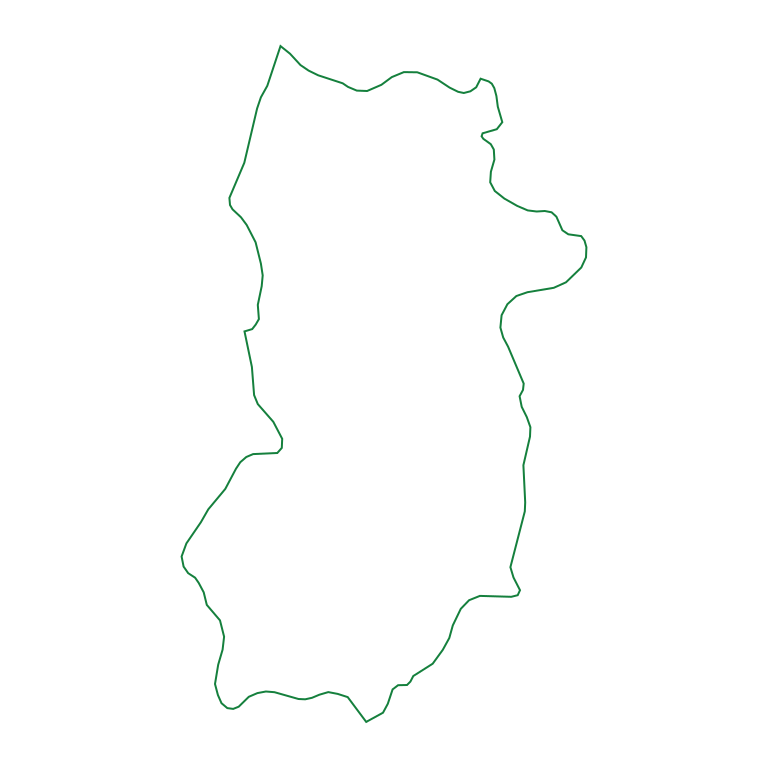 outline of Nara
{"feature_id": "JPN-1851", "entity_name": "Nara", "entity_type": "Prefecture", "adm_level": 1, "iso_a3": "JPN", "parent_name": "Japan", "parent_adm1": "", "projection": "mercator", "projection_center": [135.875, 34.299], "detail": "fine", "context": "isolated", "style": "outline", "palette": "green", "viewbox_px": 768, "rotation_deg": 0, "n_neighbors": 0, "source": "natural_earth", "source_scale": "10m", "svg_char_len": 1912}
<svg xmlns="http://www.w3.org/2000/svg" viewBox="0 0 768 768"><path d="M480.6,78.7L488.6,81.4L491.8,83.7L494.3,88.1L496.4,96.0L497.8,106.7L502.3,122.2L496.8,129.2L482.6,133.3L481.6,136.3L483.3,138.8L490.8,144.2L493.8,149.5L494.4,159.6L490.9,171.7L490.2,182.3L494.8,191.0L504.4,198.6L517.2,205.9L527.7,210.4L536.6,211.5L544.8,211.0L551.6,212.3L556.4,216.7L562.4,230.3L568.3,234.3L581.2,236.1L584.5,240.6L586.4,247.2L586.0,257.4L581.3,267.5L566.0,282.3L553.8,287.8L527.5,292.2L516.4,296.0L507.4,304.2L501.6,315.2L500.4,327.6L503.2,337.5L508.1,346.7L523.7,383.6L523.0,389.9L519.6,396.2L521.7,406.8L526.8,417.1L530.4,427.2L530.0,436.6L523.4,465.2L525.2,502.4L524.8,511.4L510.4,567.2L513.5,577.5L520.0,590.2L517.7,595.2L511.3,596.8L479.9,595.9L469.1,600.2L460.8,608.8L452.8,625.4L449.3,638.0L442.8,649.8L432.7,663.7L413.3,676.0L410.4,681.6L407.0,685.0L398.1,685.2L392.6,689.4L387.8,703.8L383.0,712.7L366.2,721.9L347.7,697.1L337.7,693.9L328.3,692.1L319.4,694.7L312.0,697.8L305.2,699.3L298.5,699.0L274.5,692.2L265.9,691.5L257.4,693.1L248.8,696.8L238.7,706.7L233.2,708.9L227.3,708.1L221.5,703.2L217.9,695.0L215.0,684.0L218.2,664.7L222.6,649.6L224.1,636.7L220.0,620.4L206.8,604.9L203.7,592.3L198.7,582.9L195.1,577.7L188.2,573.2L183.6,566.6L181.6,556.5L186.4,543.4L200.9,522.2L208.3,509.3L225.3,488.9L236.0,468.7L240.3,462.2L246.3,457.0L253.1,454.1L277.3,453.0L281.8,447.9L282.2,438.8L273.3,421.8L257.8,404.1L254.1,395.1L251.9,367.0L244.5,331.4L252.2,329.1L255.7,324.6L258.9,319.1L257.8,304.9L261.7,286.2L262.7,275.4L260.9,263.6L255.6,242.3L246.7,225.0L241.0,217.3L232.5,209.3L230.0,205.0L229.4,197.9L244.3,162.8L257.1,108.5L260.9,97.3L267.3,85.8L280.5,46.1L290.0,53.7L300.5,65.1L308.6,70.6L318.2,75.3L342.7,83.3L348.0,86.9L356.8,90.6L367.1,91.0L381.4,84.8L391.8,77.1L403.9,72.1L417.3,72.3L437.5,79.6L449.6,87.6L458.1,91.8L463.8,93.0L470.4,91.3L476.2,87.3L480.6,78.7Z" fill="none" stroke="#15803d" stroke-width="2"/></svg>